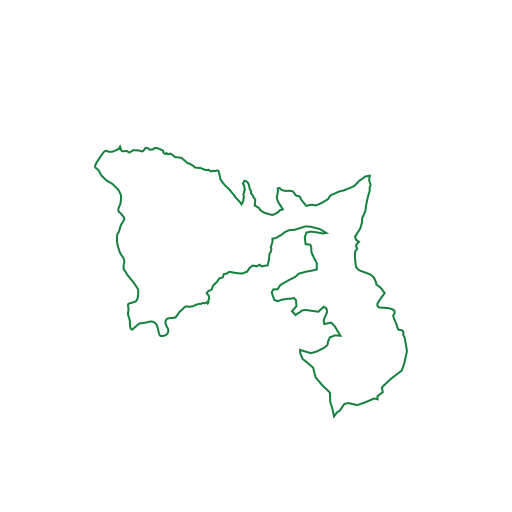 Kanana, Berea, Lesotho (Albers equal-area conic projection), rotated 303°
{"feature_id": "5366337B51375862346998", "entity_name": "Kanana", "entity_type": "district", "adm_level": 2, "iso_a3": "LSO", "parent_name": "Lesotho", "parent_adm1": "Berea", "projection": "albers", "projection_center": [27.578, -29.257], "detail": "fine", "context": "isolated", "style": "outline", "palette": "green", "viewbox_px": 512, "rotation_deg": 303, "n_neighbors": 0, "source": "geoboundaries", "source_scale": "gbopen_adm2", "svg_char_len": 6124}
<svg xmlns="http://www.w3.org/2000/svg" viewBox="0 0 512 512"><g transform="rotate(303 256 256)"><path d="M323.9,334.7L324.1,331.2L326.1,328.5L335.6,328.5L340.7,327.0L342.7,326.2L345.3,324.5L348.0,324.1L353.0,323.3L359.4,320.3L367.2,317.4L372.8,315.8L374.7,314.3L378.3,313.2L381.3,309.5L383.7,308.4L385.3,307.7L382.3,304.4L378.6,303.1L375.0,301.5L371.9,301.1L368.1,300.2L364.2,297.8L361.6,295.8L359.0,294.1L355.7,290.8L352.2,288.6L350.5,287.6L347.9,285.7L345.9,285.4L342.7,285.4L335.7,281.8L331.2,278.9L329.1,274.4L325.4,270.9L326.5,267.5L327.3,264.8L328.2,262.5L329.2,261.6L329.6,259.8L328.6,256.7L328.8,255.4L329.4,254.4L330.3,251.3L329.4,249.8L328.8,248.3L327.2,246.2L326.5,244.9L325.7,243.0L325.5,241.6L325.5,240.0L325.9,238.8L324.5,237.4L322.0,239.5L320.3,240.0L318.6,240.8L317.0,241.1L314.5,243.5L312.8,246.3L311.7,248.9L309.7,253.1L307.2,251.0L305.6,250.9L302.3,249.4L299.2,247.3L296.8,239.5L296.7,237.3L296.8,234.7L297.9,232.4L297.7,227.4L302.0,225.2L303.1,224.4L303.4,222.9L304.2,221.5L305.1,220.2L305.9,217.7L307.9,216.4L308.5,214.5L311.7,211.5L312.8,209.8L313.3,208.2L313.3,206.4L312.6,205.3L310.8,205.5L309.6,205.5L308.9,207.1L308.2,208.2L306.8,209.2L305.3,210.8L303.6,210.8L302.6,211.6L300.7,211.8L299.2,213.6L297.9,213.9L296.0,215.0L294.3,215.5L291.4,215.8L292.5,213.1L294.1,206.8L294.9,205.1L296.5,199.7L297.6,196.1L298.0,193.3L298.3,191.6L299.8,187.1L301.0,184.4L305.2,180.2L307.0,177.9L306.1,176.3L304.6,175.2L303.9,173.3L302.7,172.5L302.3,171.0L302.5,169.3L300.8,167.5L299.6,161.7L296.9,156.6L297.4,155.1L297.4,152.9L297.3,150.7L296.6,147.5L297.3,144.0L297.3,142.0L297.8,140.7L297.0,138.4L294.7,134.0L295.2,132.6L295.3,131.3L295.2,128.4L294.0,127.4L293.1,126.2L293.6,125.0L292.2,124.2L291.9,122.7L293.8,120.6L292.8,114.6L291.4,112.2L289.1,111.5L287.3,108.9L287.5,106.5L287.0,105.1L285.4,104.3L282.9,104.3L281.7,103.7L281.0,101.3L279.7,98.3L278.8,97.0L277.9,95.5L274.9,94.1L273.7,93.3L273.7,90.6L272.8,89.1L271.2,87.2L271.0,85.8L273.7,82.4L271.0,82.7L270.8,82.1L269.9,81.9L266.3,79.6L265.2,78.7L263.6,76.5L263.3,75.9L262.8,73.6L262.2,72.5L261.8,72.2L261.1,71.9L260.2,71.7L257.0,71.5L248.0,71.4L244.9,71.7L244.0,72.0L243.4,72.3L243.1,72.7L242.6,73.4L242.5,74.5L242.5,75.4L242.2,77.0L241.4,78.8L240.9,79.5L239.8,81.4L239.1,83.3L238.3,87.6L238.0,89.4L238.0,92.4L238.3,95.3L238.1,97.0L237.7,99.6L236.8,103.1L236.5,104.7L235.2,107.0L234.3,108.4L233.2,109.8L230.3,111.8L226.7,113.5L225.3,114.0L223.1,114.3L221.4,114.7L220.5,115.0L219.5,115.5L219.1,115.9L218.4,116.9L217.9,120.4L217.3,121.4L216.9,123.1L216.3,124.6L215.9,125.0L214.9,125.6L211.3,125.8L208.1,125.9L202.1,127.7L200.7,127.9L199.6,127.8L198.7,127.9L197.3,128.5L195.7,129.4L192.5,131.5L191.2,132.6L189.0,134.8L184.7,140.1L183.9,141.6L182.5,145.2L181.6,146.7L180.7,147.6L180.1,148.3L179.7,148.6L179.3,148.8L176.9,149.7L175.1,150.5L174.7,151.0L173.2,152.0L172.6,152.6L171.9,154.8L170.3,157.9L167.2,167.4L164.6,173.6L164.0,174.8L163.6,175.4L162.8,176.1L160.0,177.9L157.1,179.3L156.1,179.7L154.1,180.0L152.5,179.9L152.0,179.6L146.6,175.2L146.3,175.1L145.7,175.1L145.1,175.3L142.5,177.7L141.7,178.2L140.8,178.6L140.0,179.1L138.5,179.7L137.6,180.3L136.6,181.3L135.3,182.8L134.2,184.2L132.9,185.6L131.6,186.4L129.0,188.3L127.7,189.5L127.2,190.1L126.9,190.7L126.7,191.2L126.7,191.7L126.8,192.2L127.3,192.5L129.0,192.9L130.0,193.2L130.9,193.4L132.8,194.0L133.5,194.1L136.1,195.1L136.7,196.0L139.3,199.0L143.8,203.4L144.5,204.8L144.8,205.6L144.9,206.5L144.8,207.6L144.5,209.4L143.9,210.6L143.2,211.6L142.1,212.7L141.3,213.7L139.9,215.0L137.8,217.3L137.3,218.1L137.1,218.6L137.0,219.0L137.1,219.6L137.6,220.6L138.2,221.5L139.0,222.2L140.2,223.2L140.8,223.5L142.5,224.0L144.5,223.7L145.1,223.4L146.2,222.7L147.2,221.6L147.9,220.2L148.7,218.9L149.2,217.9L150.9,216.2L151.7,215.8L152.3,215.6L154.0,215.4L154.6,215.5L155.4,216.0L156.1,216.6L157.1,217.7L157.8,218.8L158.7,219.9L160.7,222.0L163.2,222.2L165.2,222.2L167.6,222.3L171.1,223.3L173.5,223.8L175.1,224.4L175.7,224.9L176.0,225.4L176.8,226.9L177.1,227.7L177.6,228.4L178.5,229.3L179.8,230.7L180.4,231.2L182.7,232.4L185.1,234.6L185.6,235.7L188.0,237.3L188.3,238.7L190.1,239.8L189.8,241.4L191.2,241.4L192.3,240.3L195.1,239.8L197.1,237.9L197.9,234.9L200.1,235.0L203.8,237.1L208.0,236.1L212.6,237.3L217.3,237.4L220.0,239.8L223.3,238.9L225.7,241.3L228.2,242.2L231.0,248.9L233.7,253.9L238.1,257.1L242.8,257.1L246.3,258.5L247.6,262.1L250.7,263.8L250.2,266.1L254.6,270.9L259.2,269.1L262.0,267.8L265.1,266.2L267.8,266.1L270.3,265.1L271.1,263.7L276.7,262.2L279.5,260.3L281.6,262.7L287.6,265.8L291.8,267.2L295.3,269.4L297.2,271.7L299.2,274.3L308.0,281.6L310.4,286.1L313.3,294.6L313.6,302.4L311.2,299.7L308.6,293.3L306.3,288.7L303.2,285.6L298.4,286.6L292.9,291.2L294.2,293.6L295.0,295.5L293.5,297.5L289.4,300.4L286.5,304.8L283.1,310.9L277.8,314.3L274.7,311.4L270.0,306.4L264.5,301.5L259.9,300.3L252.4,296.0L244.9,292.2L239.8,292.3L237.6,288.8L234.1,289.0L232.3,291.1L229.1,295.4L230.0,298.9L233.3,301.3L236.6,305.0L239.3,308.5L241.4,310.8L240.7,313.6L235.9,317.3L229.3,316.2L228.0,321.3L230.2,322.1L233.3,323.7L235.1,324.0L237.7,326.9L243.2,338.6L250.4,340.5L250.4,343.6L247.9,346.1L239.0,347.7L236.2,350.3L241.1,355.4L240.0,360.2L235.1,370.2L232.6,365.7L228.0,362.2L223.6,363.0L220.3,364.4L216.4,363.3L208.8,358.8L204.5,355.1L202.8,349.7L201.3,344.1L198.6,346.0L195.1,351.0L194.4,357.7L193.5,364.7L186.8,371.9L183.7,381.9L181.7,392.4L174.1,397.7L169.2,403.6L163.9,408.8L169.0,409.1L172.1,410.5L180.1,410.7L183.0,413.7L186.1,422.1L191.9,426.7L200.9,432.8L202.0,436.0L204.6,434.2L210.8,436.5L214.3,433.1L226.4,436.0L239.3,440.6L246.4,438.9L258.5,434.4L268.3,425.4L270.0,422.4L271.7,421.6L273.0,420.3L273.0,418.3L271.7,415.5L273.2,413.4L274.5,411.9L275.6,410.4L278.3,406.4L279.1,405.3L280.7,403.5L283.3,403.5L285.4,402.0L285.6,399.2L284.5,395.7L282.2,391.4L279.8,387.1L280.5,384.7L282.0,383.9L284.3,383.7L287.1,383.7L291.6,383.9L294.9,384.2L296.9,379.1L297.3,377.2L297.5,375.7L297.6,372.5L299.1,371.2L302.0,366.9L302.7,363.6L302.6,361.0L300.5,351.8L300.3,349.8L300.6,347.9L301.8,345.3L308.2,340.1L311.0,338.2L314.0,336.7L317.2,336.9L319.1,334.1L320.9,334.1L323.9,334.7Z" fill="none" stroke="#15803d" stroke-width="2"/></g></svg>